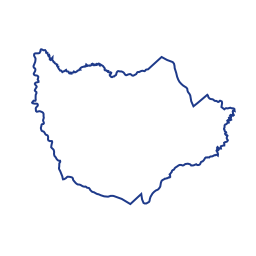 Tapurah, Mato Grosso, Brazil (orthographic projection), rotated 8°
{"feature_id": "56859067B52383005137557", "entity_name": "Tapurah", "entity_type": "district", "adm_level": 2, "iso_a3": "BRA", "parent_name": "Brazil", "parent_adm1": "Mato Grosso", "projection": "orthographic", "projection_center": [-56.556, -12.574], "detail": "fine", "context": "isolated", "style": "outline", "palette": "blue", "viewbox_px": 256, "rotation_deg": 8, "n_neighbors": 0, "source": "geoboundaries", "source_scale": "gbopen_adm2", "svg_char_len": 5690}
<svg xmlns="http://www.w3.org/2000/svg" viewBox="0 0 256 256"><g transform="rotate(8 128 128)"><path d="M151.4,53.0L139.7,67.1L138.3,67.5L137.5,67.9L137.1,68.8L136.5,69.4L134.3,69.3L133.2,69.7L131.1,71.1L130.2,71.1L129.4,71.6L128.6,73.5L126.3,75.2L125.7,75.5L124.8,75.4L123.0,74.3L122.1,74.4L120.6,75.0L119.9,75.5L118.8,76.0L117.8,75.6L116.1,73.8L114.9,73.2L113.4,72.9L112.4,73.1L110.3,73.0L109.6,73.6L109.2,74.4L108.9,75.4L108.9,76.5L108.6,77.4L107.8,77.9L107.2,78.8L106.4,78.9L105.3,79.8L104.4,79.9L103.8,79.3L102.8,78.7L102.5,78.0L103.6,76.5L103.7,75.6L102.9,75.2L102.1,75.6L100.6,75.4L100.6,74.3L99.8,74.2L99.1,74.5L98.4,73.9L97.4,74.1L96.7,73.6L96.7,72.2L94.6,70.1L91.6,68.8L91.4,70.0L90.8,69.6L90.5,68.8L90.0,68.3L88.6,69.0L88.4,69.9L87.7,70.1L87.5,69.3L86.1,70.4L85.3,69.7L84.8,70.5L84.2,70.1L83.7,69.4L83.1,69.8L83.0,70.9L81.6,71.7L80.9,71.4L78.9,72.3L78.5,71.3L77.8,70.9L77.7,71.6L77.9,72.3L77.5,72.8L76.8,73.3L76.2,73.0L75.7,73.4L74.0,74.1L73.4,74.5L72.7,75.2L72.4,75.9L72.7,76.8L71.8,76.7L71.4,77.6L70.0,78.3L69.6,79.0L68.8,79.7L67.9,80.2L66.6,79.6L66.3,80.6L65.3,80.8L64.7,81.1L64.6,82.0L63.9,82.0L63.5,81.4L63.0,82.1L62.2,82.0L61.7,81.4L61.3,80.5L59.4,80.4L58.6,79.1L57.8,79.8L57.3,80.5L56.4,80.8L55.2,81.8L53.9,80.5L52.8,80.6L51.9,79.6L51.2,79.0L50.3,77.7L50.4,76.9L49.5,76.8L48.9,76.0L49.1,75.1L46.4,74.0L46.0,73.2L45.1,73.0L44.6,72.1L43.6,71.4L43.4,68.8L41.8,71.4L41.0,71.0L40.8,69.2L40.2,68.4L40.2,67.4L39.8,66.7L39.1,67.5L38.2,66.0L37.8,64.8L36.6,65.0L36.3,64.5L36.3,63.6L35.1,62.4L33.5,62.8L31.5,62.1L30.8,62.3L30.5,63.2L30.7,64.1L29.9,66.1L28.9,66.5L26.2,66.9L25.4,67.2L24.9,67.7L24.8,68.9L25.2,69.9L26.7,71.9L26.9,73.4L26.9,75.4L25.8,79.9L26.1,80.8L26.5,81.4L27.5,81.9L28.0,82.5L28.2,83.4L28.1,84.6L27.3,86.7L27.1,87.5L27.5,88.2L28.1,88.6L29.0,88.8L30.5,88.7L31.4,89.1L32.0,89.7L32.1,90.7L31.8,92.5L32.8,93.8L33.0,94.8L32.0,95.3L31.0,95.6L30.3,96.0L29.8,96.5L29.6,97.3L30.4,98.3L31.2,98.9L31.8,99.7L31.7,100.6L31.2,101.4L30.6,103.0L30.5,103.8L30.9,104.3L32.3,105.2L32.5,106.2L32.0,108.0L32.1,109.3L32.4,111.7L32.7,112.9L32.5,113.9L30.7,114.1L29.5,116.1L29.9,116.7L30.7,116.8L31.9,116.9L34.2,116.6L34.9,116.7L35.5,117.6L35.5,118.5L34.1,120.6L33.9,121.3L34.3,123.2L34.6,124.1L35.5,124.6L37.8,123.7L38.8,123.7L40.8,124.2L41.7,124.7L42.3,125.5L42.5,126.2L42.7,128.0L43.2,129.6L42.8,132.1L43.0,132.8L43.9,134.4L44.0,135.2L43.6,135.8L42.9,136.0L42.2,136.3L41.9,136.9L41.9,138.5L41.7,139.5L41.8,140.5L42.0,141.1L42.8,142.6L43.4,143.0L45.0,143.3L45.9,144.1L47.0,145.6L47.7,146.1L49.1,146.4L49.6,146.8L50.2,148.1L50.3,150.2L50.9,151.4L52.6,151.9L53.6,151.6L54.5,151.6L54.9,152.5L54.6,155.4L54.6,157.7L55.3,158.4L57.0,159.6L57.6,160.3L58.2,162.1L58.3,163.7L58.6,164.8L59.1,165.9L60.5,167.1L61.7,168.7L62.9,169.6L63.7,170.0L65.3,169.9L65.6,170.9L64.9,172.6L65.3,176.2L65.2,176.9L65.3,177.7L65.6,178.4L66.9,180.2L69.7,185.1L70.4,187.1L70.8,187.9L71.8,187.6L73.4,186.4L74.5,185.0L75.1,184.6L77.4,184.5L79.3,184.7L80.1,185.2L80.5,185.8L80.7,186.6L81.2,187.4L83.9,189.8L85.3,190.6L86.1,190.9L87.8,190.8L88.9,191.0L91.2,192.0L92.9,192.2L94.2,191.9L94.8,192.2L95.7,192.8L97.7,192.9L98.6,193.7L99.2,194.6L100.8,195.8L101.5,196.2L103.4,196.4L105.0,197.1L106.8,197.7L108.0,197.7L110.5,198.4L113.9,199.0L117.8,198.8L119.3,198.1L120.3,197.6L122.6,197.3L123.6,197.4L131.7,199.1L140.9,203.0L150.3,191.5L151.9,196.8L153.8,200.0L154.9,200.4L156.6,200.2L158.7,198.6L159.2,198.1L159.5,197.0L159.5,195.4L159.9,193.0L161.4,189.4L162.8,187.5L164.4,185.9L165.8,185.1L166.6,184.4L167.7,182.5L168.1,181.4L168.2,177.6L168.6,175.8L169.4,174.7L170.3,174.2L171.6,173.0L172.3,173.0L173.5,172.3L174.2,172.2L175.1,171.2L176.1,171.2L176.6,170.6L176.2,168.8L175.7,168.1L176.3,167.4L176.9,166.2L177.4,165.5L177.5,164.4L178.1,163.5L178.9,163.1L179.4,162.6L179.8,161.4L180.6,160.4L181.5,159.7L183.3,158.0L184.3,157.4L185.7,157.2L187.4,157.5L188.2,157.2L189.8,155.7L192.3,155.0L194.4,155.3L195.2,155.7L195.7,156.3L196.8,156.2L198.2,155.8L200.6,154.4L201.4,154.9L202.4,155.0L203.3,154.7L204.0,154.3L204.5,153.5L205.0,151.6L205.6,151.1L206.5,150.7L207.5,149.4L208.1,148.1L208.5,147.0L209.4,146.2L210.4,146.3L211.1,145.9L212.5,145.9L213.1,145.1L214.0,144.6L215.1,144.5L216.7,143.5L217.3,142.9L218.1,142.9L218.9,142.3L219.9,142.3L220.8,142.8L220.8,141.6L220.4,140.4L219.4,138.8L218.8,138.2L219.0,137.5L220.5,137.4L220.9,136.5L220.2,135.8L219.4,136.1L218.9,135.4L219.3,134.4L220.7,135.3L221.8,135.5L222.9,135.4L222.5,134.2L222.5,133.2L224.8,132.1L225.8,131.9L225.7,130.8L225.2,129.3L225.9,128.6L227.8,127.8L228.6,126.5L228.3,125.8L227.7,125.3L227.1,124.3L227.2,123.1L227.6,121.8L227.0,121.3L226.2,121.4L225.4,120.8L224.9,120.2L225.2,119.4L225.9,119.0L225.5,118.3L224.5,117.9L224.0,117.2L223.8,116.3L223.2,115.7L223.2,115.0L223.5,114.2L223.3,111.9L223.8,111.0L224.7,110.6L225.4,109.8L225.8,108.9L226.4,108.9L227.1,108.6L226.9,107.9L225.3,107.0L225.7,106.3L226.6,106.0L228.4,106.0L229.0,105.5L228.5,105.0L227.7,104.8L226.9,104.8L226.5,103.8L227.5,103.0L228.5,103.1L228.3,102.0L227.4,101.3L228.0,100.6L229.4,100.9L230.2,101.3L231.0,100.5L230.6,99.8L230.0,99.4L229.9,98.6L229.4,97.2L229.6,96.2L230.4,96.1L231.2,96.3L230.9,95.5L230.8,94.5L230.1,94.0L229.3,93.9L227.7,94.0L226.4,93.7L224.3,94.6L223.4,94.8L222.5,94.7L221.8,95.0L220.8,96.1L217.6,94.2L217.7,90.9L217.7,90.2L217.2,88.7L215.8,88.2L215.0,88.3L214.4,89.3L213.6,89.7L211.9,88.9L210.5,89.1L209.6,88.8L208.6,88.1L207.8,87.8L205.8,87.8L204.7,87.5L203.4,86.4L202.6,84.7L201.9,84.1L193.4,93.6L189.8,97.4L186.9,92.7L185.1,87.1L184.2,85.8L182.4,84.0L181.7,82.7L181.2,80.9L180.2,79.9L176.7,78.3L174.6,76.9L172.5,75.1L171.0,73.1L169.5,70.4L168.1,66.8L165.9,62.2L165.4,60.0L164.6,57.9L163.1,56.5L157.2,55.2L151.4,53.0Z" fill="none" stroke="#1e3a8a" stroke-width="2"/></g></svg>